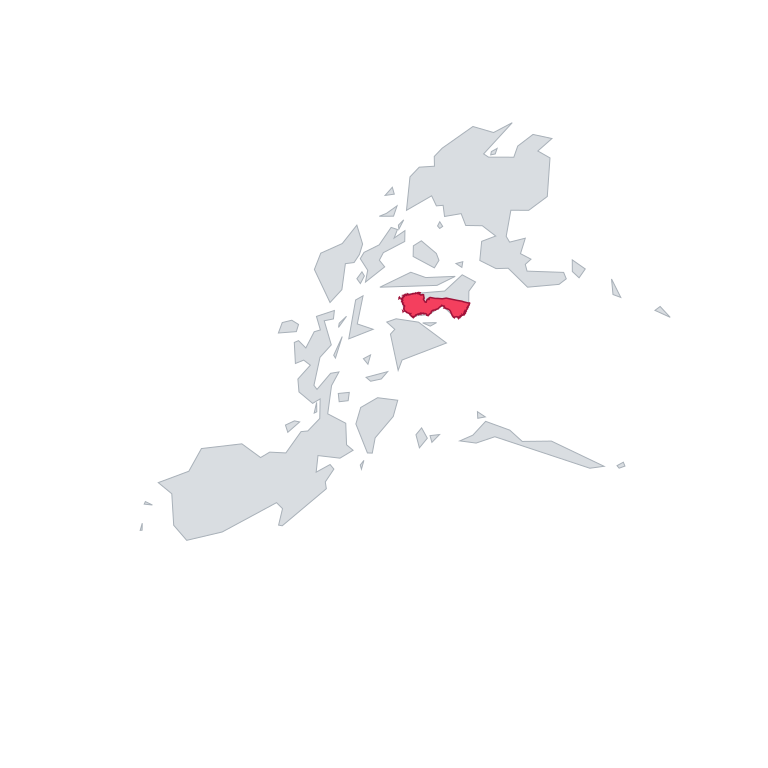 Negros Occidental, Negros Occidental, Philippines shown in context, rotated 242°
{"feature_id": "2640588B49335496833592", "entity_name": "Negros Occidental", "entity_type": "district", "adm_level": 2, "iso_a3": "PHL", "parent_name": "Philippines", "parent_adm1": "Negros Occidental", "projection": "mercator", "projection_center": [123.007, 10.244], "detail": "fine", "context": "in_parent", "style": "filled", "palette": "rose", "viewbox_px": 768, "rotation_deg": 242, "n_neighbors": 0, "source": "geoboundaries", "source_scale": "gbopen_adm2", "svg_char_len": 9218}
<svg xmlns="http://www.w3.org/2000/svg" viewBox="0 0 768 768"><g transform="rotate(242 384 384)"><path d="M358.0,132.0L386.7,145.1L402.9,138.4L398.6,170.7L412.7,192.5L397.9,230.4L377.0,240.5L377.5,251.1L369.2,265.0L380.9,288.4L378.3,294.7L383.7,311.1L400.8,320.6L400.4,311.9L416.9,305.2L428.8,310.3L435.2,327.8L442.8,324.3L443.7,315.4L462.8,324.3L462.4,328.9L452.5,331.9L462.9,346.9L461.6,353.2L475.4,356.1L472.2,374.7L465.2,369.9L467.9,360.9L443.3,355.8L437.6,340.0L415.7,321.5L410.7,322.3L418.5,341.9L415.8,349.9L407.2,336.9L384.1,320.3L367.3,331.8L347.9,322.4L340.0,325.6L339.2,310.3L351.8,292.1L338.0,282.7L338.2,298.6L332.4,299.8L325.1,286.2L318.6,283.9L306.6,227.6L308.9,224.7L321.6,235.9L329.7,233.4L329.3,171.7L338.6,136.4L358.0,132.0ZM526.8,485.4L554.7,504.2L558.9,516.9L552.6,530.8L561.3,535.2L564.9,546.1L569.6,583.4L554.6,598.8L554.5,619.9L540.4,580.0L535.2,582.8L523.3,605.1L531.3,613.8L534.4,632.7L521.9,647.5L517.5,629.2L505.7,636.7L472.9,616.2L469.4,593.3L477.9,577.6L457.0,561.2L450.3,561.5L446.4,577.2L435.0,565.7L425.2,572.4L423.3,564.9L416.5,563.3L398.2,595.0L391.3,594.3L389.8,585.3L402.1,556.2L427.9,548.0L433.3,537.1L448.1,526.6L464.1,537.2L462.2,552.1L477.6,545.1L485.6,530.6L498.2,532.1L503.5,516.1L514.0,520.1L516.7,513.9L527.8,514.4L526.8,485.4ZM443.7,504.3L431.1,512.7L426.1,502.5L414.4,496.1L408.1,482.8L410.9,477.3L425.7,472.4L424.2,456.1L430.7,441.0L441.2,436.8L451.0,439.6L453.2,445.2L437.6,481.2L443.7,504.3ZM517.8,376.3L529.2,389.6L527.6,413.1L537.0,434.6L517.6,430.8L509.9,423.1L505.3,414.6L508.4,406.4L487.1,391.1L481.3,374.6L517.8,376.3ZM389.4,402.9L425.0,413.1L427.2,419.2L437.4,415.5L435.9,425.3L422.4,443.5L390.9,458.4L396.7,411.2L389.4,402.9ZM255.0,505.0L208.0,539.7L213.0,526.2L285.4,457.1L288.6,437.6L298.2,424.2L297.1,438.4L303.3,456.2L284.2,473.4L268.4,479.1L255.0,505.0ZM330.9,337.0L361.9,340.4L374.2,352.4L374.9,371.9L363.2,388.5L351.0,376.9L340.6,350.9L328.5,341.2L330.9,337.0ZM492.1,423.0L505.8,421.9L509.6,428.2L509.1,445.0L518.9,463.8L514.1,468.4L508.1,461.4L509.6,474.5L500.1,469.2L500.3,445.1L495.5,438.0L487.1,439.6L482.7,415.5L492.1,423.0ZM445.6,497.4L446.2,477.1L471.4,425.8L470.1,460.1L458.4,470.8L445.6,497.4ZM492.9,484.2L474.7,491.5L467.4,490.6L462.9,483.0L482.9,469.6L492.2,474.8L492.9,484.2ZM440.4,374.1L471.5,398.4L471.7,406.9L449.6,388.6L437.4,400.1L440.4,374.1ZM483.6,332.5L476.7,336.5L471.4,331.2L478.6,314.7L486.0,323.0L483.6,332.5ZM405.2,608.5L391.1,615.7L386.2,606.1L394.9,603.1L405.2,608.5ZM311.0,385.3L324.2,388.4L327.6,396.6L315.8,396.8L311.0,385.3ZM389.4,336.1L397.1,339.2L392.9,349.4L386.1,344.5L389.4,336.1ZM355.5,628.2L369.9,634.2L349.3,633.7L355.5,628.2ZM535.2,479.2L527.7,471.2L534.3,458.6L533.5,466.2L535.2,479.2ZM398.3,371.3L393.2,393.0L389.7,384.0L392.7,373.5L398.3,371.3ZM321.8,657.8L322.8,664.2L308.5,668.0L321.8,657.8ZM394.0,277.7L393.5,287.6L390.1,291.7L386.5,276.4L394.0,277.7ZM419.8,446.8L413.5,459.2L413.4,452.0L419.8,446.8ZM316.8,400.4L313.3,409.3L310.0,398.9L316.8,400.4ZM493.4,417.2L488.6,417.4L483.8,410.3L489.7,409.5L493.4,417.2ZM416.0,377.7L416.0,385.8L409.0,379.1L416.0,377.7ZM553.8,483.7L546.8,482.2L550.0,473.5L553.8,483.7ZM433.0,353.1L445.5,369.4L429.7,353.3L433.0,353.1ZM315.7,453.5L307.4,458.0L309.7,450.7L315.7,453.5ZM456.6,504.1L455.0,511.0L450.4,507.5L456.6,504.1ZM458.7,373.0L461.4,382.7L455.3,370.4L458.7,373.0ZM202.6,558.6L198.4,558.2L199.3,552.1L202.5,551.4L202.6,558.6ZM501.1,509.4L495.6,509.8L495.2,506.2L498.4,505.5L501.1,509.4ZM538.9,594.5L534.9,590.2L536.2,585.8L538.8,587.9L538.9,594.5ZM323.6,325.0L326.0,330.4L319.4,324.1L323.6,325.0ZM517.5,471.3L519.7,478.5L513.7,469.8L517.5,471.3ZM392.2,118.1L385.9,122.7L390.5,115.9L392.2,118.1ZM399.4,315.9L391.0,311.6L391.1,308.7L399.4,315.9ZM369.2,100.0L374.6,105.2L368.5,101.8L369.2,100.0Z" fill="#d9dde1" stroke="#a8b0b8" stroke-width="1"/><path d="M444.3,460.8L444.5,460.4L444.6,460.0L444.7,459.9L444.9,459.9L445.1,458.7L445.5,458.5L445.5,458.1L445.9,458.0L446.5,457.6L446.6,457.4L446.9,457.4L447.4,457.0L447.7,457.1L447.6,456.9L448.0,456.4L448.0,456.2L448.3,456.1L448.6,456.0L448.7,455.7L449.0,455.3L449.2,455.1L449.1,454.9L449.1,454.4L449.5,454.5L449.4,453.7L449.6,453.5L449.8,452.8L450.0,452.7L450.1,452.4L450.0,452.2L450.3,451.8L450.2,451.5L450.4,451.4L450.3,450.9L450.7,449.8L450.6,449.5L450.8,448.8L451.0,448.5L451.0,448.0L451.5,447.7L451.4,447.7L451.3,447.4L451.6,447.2L451.8,446.8L451.8,446.0L452.0,446.2L452.1,446.4L452.4,446.3L452.5,446.0L452.3,445.8L452.4,445.7L452.9,445.4L452.9,444.9L453.2,444.6L452.9,443.9L452.7,443.8L452.5,444.0L452.5,443.9L452.5,443.7L452.8,443.7L453.0,443.4L453.2,442.7L452.9,442.9L452.6,442.9L452.3,443.1L451.9,443.0L452.0,442.4L451.7,442.3L451.7,442.0L451.5,441.6L451.4,441.4L451.7,441.2L451.4,441.1L451.5,441.0L451.2,440.9L451.4,440.5L451.2,440.2L451.1,440.3L450.7,440.1L451.0,440.0L450.9,439.9L451.0,439.8L451.2,440.0L451.2,439.7L450.9,439.5L450.5,439.5L450.4,439.2L450.2,439.1L450.0,439.3L449.8,439.5L449.6,439.6L449.5,439.8L449.3,439.9L449.3,439.7L449.3,439.4L448.7,439.0L448.4,439.0L447.8,438.7L447.7,438.6L447.1,438.4L446.6,438.8L446.5,438.3L445.7,438.1L445.1,438.3L444.8,438.5L444.1,438.4L443.8,438.5L443.9,438.1L443.6,438.6L443.4,438.4L443.6,438.5L443.7,438.4L443.3,438.2L442.9,438.0L442.7,438.1L442.7,437.9L441.8,437.4L441.6,437.1L441.4,437.2L440.5,437.0L440.9,436.9L440.8,436.6L440.0,436.8L439.2,436.6L439.1,436.4L438.6,436.5L438.5,436.8L438.3,436.8L438.2,436.9L438.1,437.0L437.7,437.4L437.4,437.5L437.4,437.4L437.4,437.6L437.3,437.4L437.1,437.4L436.8,437.7L436.5,437.6L436.3,437.7L436.0,438.2L435.7,438.3L435.4,438.7L434.7,439.1L434.7,439.3L434.1,440.0L433.9,440.0L433.7,439.8L433.6,440.1L433.5,439.8L433.2,439.7L432.7,439.5L432.3,439.9L431.9,440.0L431.2,439.9L430.6,440.2L430.7,440.3L430.5,440.6L429.5,440.7L429.5,440.9L429.7,441.1L429.7,441.7L429.3,441.9L429.3,442.4L429.1,442.2L429.4,443.4L429.3,444.2L429.9,444.2L430.1,444.7L429.8,445.6L429.9,446.2L429.8,446.6L429.9,447.1L429.7,447.4L429.2,447.3L429.4,448.0L429.0,448.2L429.0,448.3L429.3,448.2L429.4,448.3L429.4,448.8L429.2,448.8L429.4,448.9L429.4,449.1L429.2,448.9L428.8,448.7L428.7,448.9L429.1,449.1L429.0,449.3L428.8,449.2L429.0,449.3L428.9,449.6L428.7,449.6L428.8,449.7L428.5,450.1L428.3,450.9L428.5,450.9L428.1,451.8L427.9,451.8L428.0,452.1L427.9,452.2L427.3,452.3L427.4,452.6L426.8,453.0L426.8,453.4L426.7,453.7L426.4,453.8L426.2,454.1L425.7,454.3L425.2,454.3L424.9,454.1L424.8,454.3L424.5,454.2L423.4,455.3L423.3,455.5L423.4,455.4L423.7,455.6L424.2,456.4L424.5,457.5L424.5,458.6L425.5,459.8L425.8,459.9L425.9,461.0L426.0,461.1L425.9,461.3L426.1,461.3L426.1,462.0L425.9,462.1L425.8,463.1L425.5,463.4L425.4,464.0L425.2,464.1L425.5,465.0L425.2,465.4L425.3,466.1L425.2,466.6L425.0,466.9L425.1,467.0L425.1,467.3L425.3,467.5L425.3,467.3L425.2,467.6L425.8,469.2L425.8,469.6L426.0,471.4L426.1,471.5L425.9,471.8L426.2,472.0L425.9,472.2L425.5,472.8L424.6,473.2L424.5,473.5L424.4,473.4L423.7,473.5L423.7,473.3L423.2,473.2L423.0,472.9L422.9,473.2L422.7,473.2L422.6,473.3L422.6,473.6L422.4,473.6L422.2,473.7L421.8,474.1L421.7,474.0L421.4,474.4L420.6,475.1L420.6,475.3L420.2,475.5L419.7,476.0L418.2,476.7L416.6,476.8L415.2,476.6L414.5,476.6L412.3,476.4L412.0,476.4L411.7,476.7L411.1,476.5L410.1,476.8L410.1,477.4L410.0,477.5L409.6,477.5L409.9,477.9L409.5,479.6L409.1,480.0L408.8,480.0L408.7,480.4L408.5,480.5L408.2,481.1L408.1,481.5L407.4,481.9L407.2,482.2L407.6,482.3L407.5,482.8L408.0,482.9L408.2,483.1L408.0,483.3L408.3,483.5L408.2,483.6L408.0,483.4L408.2,483.8L407.7,484.0L408.0,484.6L408.0,485.3L408.3,485.4L408.0,485.5L408.0,485.9L408.2,486.0L407.9,486.0L408.0,486.5L407.7,486.5L407.7,486.8L407.4,487.2L407.4,487.4L408.0,487.9L408.6,487.4L408.9,487.5L408.9,487.9L408.4,488.4L408.1,488.5L408.4,489.2L408.9,489.1L409.4,488.7L409.6,488.8L409.7,489.2L409.9,488.9L410.3,489.1L410.4,489.8L410.3,490.1L410.1,490.3L409.8,490.3L409.8,490.7L410.7,490.5L410.4,491.2L411.2,492.4L411.2,492.9L411.7,493.0L411.9,493.3L412.2,493.2L412.2,493.5L412.3,493.4L412.7,493.7L412.8,493.9L412.6,494.1L412.9,494.3L413.0,494.7L413.3,494.7L413.4,494.9L413.3,495.3L413.4,495.7L413.7,495.8L413.7,496.0L414.0,496.4L414.2,496.5L415.0,497.5L415.4,497.6L415.6,497.2L415.6,496.9L419.1,493.0L420.6,491.6L423.7,487.6L430.6,479.3L431.9,475.4L434.1,472.0L435.6,469.3L438.6,465.6L438.8,465.2L438.7,463.9L437.8,463.8L437.6,463.5L438.0,463.3L438.3,463.2L438.2,462.9L438.4,462.9L438.5,462.7L438.4,462.5L438.4,461.9L437.5,460.6L436.4,459.7L436.9,458.8L439.0,458.6L439.7,458.6L440.2,458.6L440.3,458.8L440.4,458.7L440.7,458.9L440.9,459.3L440.8,459.5L440.7,459.4L440.8,459.6L444.3,460.8ZM448.5,457.0L447.4,458.3L447.6,458.7L448.3,457.7L448.5,457.7L448.7,457.0L448.5,457.0ZM452.3,437.7L452.3,438.0L452.5,438.0L452.8,438.3L452.6,438.4L452.7,438.5L452.9,438.3L453.4,438.4L453.3,438.0L453.0,437.7L452.7,438.0L452.8,438.3L452.3,437.7ZM451.1,439.0L450.6,439.0L450.7,439.4L451.1,439.2L451.1,439.0ZM407.3,480.5L407.2,480.5L407.3,480.6L407.3,480.8L407.1,481.0L407.3,481.1L407.3,480.5ZM411.8,493.4L411.9,493.5L412.0,493.3L411.8,493.2L411.8,493.4ZM409.6,489.4L409.4,489.6L409.4,489.8L409.6,489.7L409.6,489.4ZM446.8,438.3L446.6,438.4L446.6,438.5L446.8,438.3ZM448.8,438.4L448.8,438.5L449.0,438.5L448.8,438.4ZM438.9,434.8L439.0,435.0L439.3,434.9L438.9,434.8Z" fill="#f43f5e" stroke="#9f1239" stroke-width="1.5"/></g></svg>